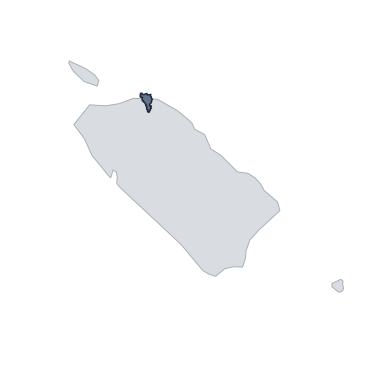 location of Maunabo, Puerto Rico, rotated 221°
{"feature_id": "32010507B22166841242195", "entity_name": "Maunabo", "entity_type": "district", "adm_level": 2, "iso_a3": "PRI", "parent_name": "Puerto Rico", "parent_adm1": "", "projection": "equal_earth", "projection_center": [-65.926, 18.02], "detail": "fine", "context": "in_parent", "style": "filled", "palette": "slate", "viewbox_px": 384, "rotation_deg": 221, "n_neighbors": 0, "source": "geoboundaries", "source_scale": "gbopen_adm2", "svg_char_len": 2616}
<svg xmlns="http://www.w3.org/2000/svg" viewBox="0 0 384 384"><g transform="rotate(221 192 192)"><path d="M257.8,153.8L262.0,157.4L266.0,156.9L262.7,149.5L265.7,149.5L291.6,154.0L308.3,161.7L325.4,165.4L326.5,190.6L313.3,200.7L304.7,211.2L297.7,224.2L279.2,239.2L256.9,243.8L242.1,244.2L236.6,243.7L231.2,241.1L220.0,243.6L206.2,236.9L194.3,238.6L170.8,237.0L162.0,242.8L153.6,244.1L145.3,243.0L138.3,240.4L120.8,240.6L113.5,235.6L116.6,206.9L116.9,193.9L112.6,183.1L107.9,176.4L104.6,168.4L111.4,163.1L117.0,155.5L118.8,144.0L125.0,141.2L132.2,139.8L165.5,145.2L249.8,148.2L254.6,149.2L257.8,153.8ZM352.9,215.4L342.3,216.5L335.4,215.0L333.0,209.7L345.9,204.6L360.9,205.3L369.5,208.4L370.5,210.4L352.9,215.4ZM22.2,223.7L20.9,223.9L19.6,223.7L19.1,223.2L18.2,221.5L14.4,218.8L13.5,216.3L14.4,213.7L15.9,212.6L23.8,212.3L24.6,212.6L26.1,214.4L26.1,215.7L25.4,217.0L24.0,220.1L23.4,220.9L23.0,221.8L22.8,223.2L22.2,223.7Z" fill="#d9dde1" stroke="#a8b0b8" stroke-width="1"/><path d="M276.8,223.9L276.7,224.3L276.9,224.6L277.0,225.0L277.2,225.4L277.2,225.8L277.2,226.4L277.6,227.1L277.7,227.3L277.9,227.2L278.0,227.5L277.8,227.8L277.8,228.1L277.7,228.3L278.2,228.7L278.5,228.6L278.8,229.8L279.0,230.1L279.6,230.0L279.9,229.5L280.2,229.3L280.7,229.5L280.8,229.8L281.6,230.3L281.6,231.0L281.4,231.3L281.3,231.5L281.3,232.2L281.5,232.7L281.6,233.4L281.7,233.5L281.8,233.5L282.2,233.8L282.2,234.3L282.6,235.0L282.8,235.6L283.0,235.8L282.9,235.9L283.1,236.0L283.6,236.0L284.1,236.4L284.5,236.6L284.8,236.6L285.2,237.1L285.7,237.1L286.0,237.3L286.4,237.2L286.6,237.4L286.9,238.2L287.1,238.5L287.8,237.7L288.6,236.8L289.3,236.4L289.5,236.2L290.0,236.0L290.3,236.3L290.7,236.7L291.2,236.1L291.6,235.1L292.0,234.3L292.1,234.2L292.5,233.8L292.9,233.4L293.1,233.4L293.5,233.3L294.0,233.5L294.5,233.7L294.9,233.4L295.2,232.8L295.5,232.6L295.0,231.9L294.5,231.5L294.6,231.2L294.3,230.7L293.9,230.6L293.5,229.9L293.2,229.9L292.7,230.0L292.4,230.3L292.2,230.3L292.1,230.6L291.6,230.8L291.3,230.8L291.2,230.5L291.1,230.2L290.7,229.6L290.4,229.1L290.0,228.9L289.8,228.9L289.7,228.8L289.4,228.7L289.2,228.4L288.8,228.8L288.5,228.4L288.1,228.4L287.9,228.2L287.2,228.4L287.1,228.5L286.7,228.4L286.4,228.4L285.8,228.3L285.6,228.2L285.4,227.9L285.0,228.0L284.8,227.9L284.2,227.9L284.0,227.2L283.7,227.1L283.2,227.2L283.1,226.9L282.8,226.7L282.2,226.3L282.0,226.2L281.7,226.5L281.6,226.1L281.3,225.9L280.9,225.1L280.7,225.1L280.4,224.8L280.1,224.6L279.4,224.9L279.0,225.0L278.8,224.7L278.8,224.3L278.6,224.1L278.3,224.0L278.2,223.5L277.9,223.5L277.5,223.9L277.2,223.8L276.8,223.9Z" fill="#64748b" stroke="#1e293b" stroke-width="1.5"/></g></svg>